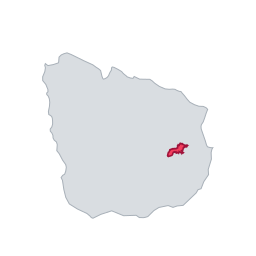 José Pedro Varela, Lavalleja, Uruguay shown in context, rotated 341°
{"feature_id": "84410073B20043717754830", "entity_name": "José Pedro Varela", "entity_type": "district", "adm_level": 2, "iso_a3": "URY", "parent_name": "Uruguay", "parent_adm1": "Lavalleja", "projection": "natural_earth1", "projection_center": [-54.355, -33.484], "detail": "fine", "context": "in_parent", "style": "filled", "palette": "rose", "viewbox_px": 256, "rotation_deg": 341, "n_neighbors": 0, "source": "geoboundaries", "source_scale": "gbopen_adm2", "svg_char_len": 5245}
<svg xmlns="http://www.w3.org/2000/svg" viewBox="0 0 256 256"><g transform="rotate(341 128 128)"><path d="M201.8,174.2L200.3,175.6L198.6,178.3L196.7,184.6L190.3,193.4L189.0,198.3L182.2,203.4L177.3,209.2L174.2,209.1L171.3,211.6L154.9,219.1L149.1,217.7L144.7,217.7L140.7,214.4L131.4,213.2L125.6,214.5L117.9,218.2L115.5,218.1L113.8,217.9L109.6,216.4L107.3,213.2L95.3,209.5L85.6,201.0L74.2,200.8L65.5,201.9L64.2,200.8L63.3,198.7L61.4,195.5L53.8,188.1L47.8,180.7L46.6,173.4L47.3,165.4L49.0,156.1L48.6,153.1L50.8,151.5L53.0,151.1L55.0,148.7L56.9,145.0L57.2,142.3L55.7,137.1L54.6,129.9L53.3,126.3L55.7,120.7L55.8,117.9L54.3,115.5L53.9,113.0L54.6,110.5L54.4,108.0L53.5,105.7L54.1,103.7L56.3,102.2L58.0,99.8L59.0,96.7L59.6,94.2L59.6,92.6L58.9,91.0L57.5,89.5L58.1,86.5L60.7,82.1L62.4,78.2L63.1,74.8L63.0,72.0L62.1,69.9L62.5,68.5L64.1,67.7L64.8,65.5L64.5,60.0L62.8,55.4L64.0,51.8L67.7,47.6L69.5,44.2L69.7,41.7L70.8,40.2L72.6,42.9L77.8,43.7L83.1,43.8L83.9,43.1L85.9,38.5L88.6,37.2L91.6,36.9L94.8,37.1L98.3,40.1L108.1,50.0L115.3,56.8L117.5,60.0L119.4,62.4L120.8,64.7L120.2,70.5L120.3,73.1L120.7,73.8L122.3,73.9L124.7,73.4L126.7,72.2L128.3,70.3L129.9,68.8L131.1,68.0L131.6,66.7L132.3,65.5L133.0,65.2L134.5,66.1L137.8,69.5L140.4,72.6L141.0,74.3L142.0,76.2L143.1,77.8L143.8,79.3L146.4,81.4L148.9,82.7L150.6,81.3L154.9,85.6L164.5,89.1L166.2,91.3L167.8,94.3L171.2,98.9L175.8,103.1L179.5,104.8L183.0,105.8L185.0,106.7L186.4,108.3L188.5,110.1L189.9,110.7L190.4,112.2L191.8,115.6L193.2,119.8L194.8,123.7L198.3,127.5L202.1,130.5L206.2,132.1L208.4,134.2L209.4,136.3L206.7,139.5L203.7,143.5L201.1,146.7L198.4,148.8L197.5,150.4L196.9,152.7L196.9,165.1L196.7,169.7L196.9,171.0L197.2,171.8L198.9,173.0L201.0,174.1L201.8,174.2Z" fill="#d9dde1" stroke="#a8b0b8" stroke-width="1"/><path d="M166.7,163.3L166.4,163.3L166.3,163.1L166.2,162.9L165.9,162.8L165.7,162.8L165.4,162.8L165.4,162.7L165.1,162.8L164.8,162.8L164.7,162.7L164.6,162.4L164.4,162.3L164.1,162.3L163.9,162.2L163.8,162.4L163.6,162.3L163.5,162.2L163.3,162.3L163.2,162.1L162.9,162.0L162.4,162.1L162.2,162.2L162.2,162.3L161.8,162.3L161.7,162.2L161.5,162.3L161.5,162.2L161.3,162.1L160.9,162.1L160.7,162.1L160.6,162.3L160.4,162.3L160.3,162.6L160.2,162.8L159.9,162.9L159.8,163.2L159.4,163.7L159.0,164.1L158.7,164.2L158.4,164.1L158.2,164.4L158.0,164.5L157.9,164.7L157.7,164.8L157.5,165.3L157.3,165.5L157.1,166.1L156.9,166.1L156.8,166.3L156.9,166.6L156.7,167.0L156.4,167.1L156.5,167.7L156.8,168.1L157.0,168.2L157.5,168.0L158.3,168.2L158.5,168.1L159.1,168.2L159.3,168.1L159.5,168.2L160.7,168.1L161.6,167.5L162.0,166.5L162.7,166.2L163.1,165.6L163.9,165.6L164.0,165.6L163.8,166.0L164.0,166.1L164.6,165.7L164.7,165.8L164.8,165.9L165.0,165.9L165.1,166.1L165.3,166.2L165.3,166.3L165.4,166.5L165.2,166.6L165.2,166.9L165.4,166.9L165.6,167.0L165.7,166.9L165.7,167.0L165.9,167.2L166.0,167.2L166.1,167.3L166.0,167.5L166.3,167.5L166.4,167.4L166.7,167.6L166.6,167.3L166.8,167.3L166.9,167.2L167.0,167.2L167.1,167.3L167.3,167.3L167.5,167.4L167.4,167.5L167.5,167.6L167.9,167.7L168.0,167.9L168.0,168.0L168.1,167.9L168.4,167.6L168.5,167.5L168.6,167.4L169.0,167.4L169.0,167.2L169.2,167.4L169.2,167.5L169.5,167.6L169.7,167.8L169.6,168.0L169.8,168.2L169.8,168.4L169.9,168.6L170.0,168.6L170.3,168.6L170.3,168.8L170.6,168.8L170.5,169.0L170.7,169.3L170.7,169.5L170.8,169.4L170.8,169.2L171.0,169.3L170.9,169.5L171.0,169.5L171.1,169.3L171.3,169.4L171.4,169.5L171.5,169.5L171.6,169.4L171.8,169.5L172.0,169.4L172.2,169.5L172.4,169.4L172.2,169.2L171.7,167.9L171.5,167.3L171.3,166.8L171.6,166.8L172.0,166.7L172.8,166.7L172.9,166.3L173.2,165.9L173.3,165.8L173.3,165.7L173.5,165.5L173.6,165.1L173.7,164.8L173.9,164.8L174.0,164.8L174.1,164.7L174.2,164.8L174.3,164.8L174.3,164.6L174.5,164.5L174.8,164.4L175.0,164.3L175.1,164.1L175.3,164.1L175.3,163.9L175.5,163.9L175.6,164.0L175.7,163.9L175.8,163.9L175.9,164.0L175.7,164.2L175.9,164.3L175.9,164.5L176.1,164.4L176.2,164.5L176.3,164.5L176.4,164.4L176.6,164.5L176.6,164.4L176.8,164.5L176.8,164.4L176.9,164.5L177.0,164.5L177.1,164.4L177.2,164.5L177.4,164.4L177.6,164.4L177.6,164.2L177.7,164.3L177.8,164.4L177.8,164.5L177.9,164.4L178.0,164.4L178.3,164.3L178.2,164.3L178.3,164.2L178.4,163.9L178.4,163.7L178.5,163.7L178.4,163.6L178.3,163.4L178.2,163.5L177.8,163.6L177.7,163.4L177.4,163.3L177.0,163.2L176.9,163.1L176.7,163.2L176.4,163.2L176.2,163.1L176.1,162.9L176.0,162.7L175.9,162.6L175.7,162.6L175.5,162.4L175.4,162.3L175.3,162.1L175.1,161.9L175.0,161.7L174.8,161.6L174.7,161.6L174.6,161.4L174.6,161.2L174.4,161.0L174.5,161.0L174.4,160.9L174.1,160.7L173.9,160.8L173.9,160.7L174.0,160.5L173.9,160.5L173.8,160.4L173.7,160.4L173.6,160.2L173.4,160.1L173.2,160.0L173.0,159.8L172.9,159.7L172.6,159.5L172.5,159.8L172.6,160.0L172.5,159.9L172.4,160.0L172.3,159.9L172.0,159.8L171.8,159.9L171.6,159.9L171.4,160.0L171.2,160.1L171.4,160.2L171.4,160.3L171.1,160.4L171.0,160.5L170.9,160.8L170.8,161.0L170.7,161.2L170.4,161.1L170.2,161.0L169.9,161.0L169.8,160.9L169.7,160.9L169.6,160.7L169.4,160.8L169.4,160.7L169.3,160.8L169.2,160.8L169.2,161.0L169.1,161.3L169.1,161.5L168.9,161.7L168.9,161.8L169.0,161.8L168.9,161.9L168.8,162.0L168.7,162.0L168.6,162.5L168.4,162.5L168.4,162.8L168.4,163.0L168.1,163.0L167.6,163.1L167.3,163.0L167.2,163.1L166.9,163.1L166.7,163.3Z" fill="#f43f5e" stroke="#9f1239" stroke-width="1.5"/></g></svg>